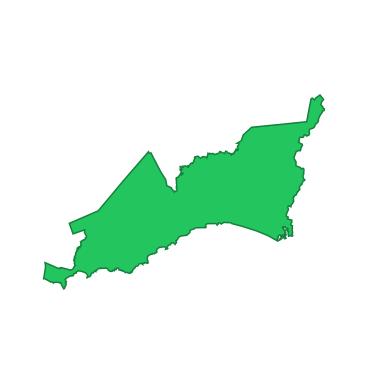 ÅpÅtiki District, Bay of Plenty, New Zealand, rotated 202°
{"feature_id": "76426892B67902923412925", "entity_name": "ÅpÅtiki District", "entity_type": "district", "adm_level": 2, "iso_a3": "NZL", "parent_name": "New Zealand", "parent_adm1": "Bay of Plenty", "projection": "orthographic", "projection_center": [177.566, -38.035], "detail": "fine", "context": "isolated", "style": "filled", "palette": "green", "viewbox_px": 384, "rotation_deg": 202, "n_neighbors": 0, "source": "geoboundaries", "source_scale": "gbopen_adm2", "svg_char_len": 5917}
<svg xmlns="http://www.w3.org/2000/svg" viewBox="0 0 384 384"><g transform="rotate(202 192 192)"><path d="M104.7,327.1L109.7,329.9L112.3,325.8L112.8,323.3L115.4,324.2L115.9,324.0L116.5,322.7L112.0,300.1L161.0,274.3L165.9,264.0L165.5,258.0L168.4,254.2L167.2,254.6L166.7,254.3L166.4,253.5L167.0,251.2L164.9,248.4L165.4,247.6L167.1,248.4L167.2,247.3L166.8,246.7L167.5,246.3L167.5,244.0L167.8,244.3L167.9,243.7L167.6,243.5L167.8,243.1L168.5,243.0L168.5,242.4L169.3,242.3L169.1,241.1L169.6,240.9L170.2,242.0L171.5,242.2L172.7,241.4L174.7,242.5L176.1,242.4L176.2,239.9L182.0,240.0L181.3,239.6L181.1,238.7L184.8,235.3L185.5,235.5L186.0,235.0L187.1,235.6L188.5,234.5L190.0,234.6L190.9,233.1L191.6,233.7L191.1,229.4L191.6,229.9L192.6,229.4L194.3,229.4L194.6,228.6L195.5,228.6L196.8,226.5L199.8,227.4L202.3,225.9L202.7,225.0L201.9,224.5L202.1,221.6L201.6,221.1L202.2,219.5L202.7,219.2L202.5,218.5L203.7,218.3L204.1,217.6L203.9,216.9L204.7,215.3L204.6,214.4L205.4,215.0L205.7,214.8L205.5,213.6L208.0,213.7L209.2,212.9L209.3,211.9L209.8,212.4L210.6,212.4L210.8,211.2L211.4,210.8L213.1,211.5L211.2,209.8L211.5,209.1L210.1,209.1L211.1,207.9L209.9,207.5L209.3,205.1L208.4,205.2L208.0,206.1L207.3,206.0L207.9,204.0L209.8,203.7L209.7,202.9L210.6,200.4L211.8,199.4L211.8,198.5L211.1,198.1L211.1,196.9L210.4,196.4L209.9,194.5L208.6,192.6L208.7,191.5L207.9,190.9L208.2,190.3L207.7,189.4L206.8,189.0L206.6,187.4L208.0,186.3L208.3,185.5L208.6,186.2L210.2,186.0L210.5,186.6L212.0,187.3L212.6,188.2L217.7,188.4L221.1,193.7L228.2,198.7L244.8,212.9L245.1,212.3L246.2,211.9L247.4,213.1L259.7,177.1L271.9,139.4L294.0,117.0L286.6,108.6L276.8,117.2L277.3,116.1L276.4,114.0L273.3,111.6L273.0,110.6L273.7,109.4L273.3,108.9L273.4,107.9L275.3,106.3L276.7,104.0L275.7,103.4L275.8,102.5L275.0,101.4L275.2,100.6L274.8,100.3L275.6,99.2L275.2,98.6L276.7,98.5L277.0,97.2L277.8,96.5L276.5,96.8L276.8,96.3L276.4,96.1L276.8,95.8L276.4,95.6L277.0,94.1L276.4,93.7L277.0,92.2L276.8,90.9L276.3,90.5L276.7,87.9L276.4,87.8L276.3,86.5L275.7,86.6L276.3,85.5L275.4,85.0L275.9,84.1L274.5,83.1L274.4,81.7L273.5,81.0L273.3,80.1L272.8,80.1L273.5,77.6L273.5,76.4L273.9,75.4L275.3,74.1L283.8,73.1L284.0,72.7L284.9,72.9L285.7,72.5L285.7,71.7L286.5,71.7L287.0,71.1L301.8,71.5L299.8,68.0L297.0,55.9L295.7,56.5L289.2,55.6L289.0,56.0L287.0,56.1L286.4,55.6L286.1,56.4L284.7,57.2L282.0,58.2L280.5,58.1L280.1,58.8L274.7,54.1L274.3,54.4L274.0,55.4L274.4,56.7L274.0,57.5L274.1,59.1L275.0,60.1L274.7,60.3L275.2,61.0L274.8,61.7L276.0,62.3L276.3,63.3L276.9,63.5L276.6,64.5L273.8,68.2L271.7,69.3L271.8,69.9L270.7,70.1L270.9,72.2L269.0,73.4L269.2,74.4L268.2,76.0L266.2,76.9L260.6,77.3L258.1,76.2L257.5,75.3L257.2,74.1L257.5,73.4L257.2,73.1L256.3,74.6L255.3,75.0L254.5,76.7L255.0,77.7L254.2,79.8L253.1,80.1L252.9,82.0L252.3,82.5L251.4,82.3L251.7,83.2L251.0,83.5L250.8,84.8L249.7,86.1L248.5,86.7L248.4,87.3L248.0,87.4L247.8,87.0L243.0,89.3L242.0,89.3L239.8,88.0L237.9,87.7L236.1,88.9L236.2,89.6L234.6,89.9L234.8,90.5L234.3,90.9L234.8,90.9L234.6,91.8L233.2,92.0L233.4,93.2L231.8,93.9L230.9,93.3L230.7,92.5L229.2,92.6L229.3,92.9L228.8,93.2L227.2,92.5L226.9,93.1L226.1,93.1L223.4,92.3L222.8,93.0L220.0,93.1L218.6,93.7L219.1,94.7L217.7,95.0L217.9,95.7L217.5,96.4L217.9,97.3L217.1,98.5L217.1,99.7L216.5,100.2L216.4,101.8L214.4,103.4L214.2,105.4L212.2,106.8L210.6,106.4L211.1,107.2L209.7,107.8L209.5,108.6L208.0,109.2L206.9,109.0L206.1,109.9L207.0,110.4L206.9,111.5L208.5,113.0L209.0,115.9L207.0,118.9L205.9,119.1L204.9,120.5L203.8,120.6L202.1,122.9L202.2,123.6L203.0,124.2L203.0,125.9L201.7,128.3L197.0,130.9L195.9,130.8L194.9,129.8L195.0,129.0L193.4,130.1L193.3,130.6L194.0,131.0L194.2,132.7L193.6,134.4L192.3,134.9L192.0,137.3L189.0,137.8L188.9,137.4L188.1,137.2L188.3,137.7L187.4,139.1L188.6,141.0L187.8,141.9L187.5,144.7L187.2,145.4L185.5,147.2L180.7,149.9L178.8,153.5L179.3,156.1L176.1,158.7L175.4,160.1L165.8,164.2L165.9,165.1L166.9,165.6L167.0,166.3L166.8,167.4L165.6,168.5L158.2,171.6L157.2,171.5L156.3,170.7L155.6,172.3L155.9,173.0L155.3,173.5L154.1,173.7L153.0,173.2L151.1,175.7L144.3,178.1L143.3,177.6L133.7,178.9L117.4,180.1L104.9,180.0L94.2,178.6L92.1,181.1L92.4,181.3L93.3,179.8L95.0,179.5L95.5,181.0L94.9,181.7L95.5,183.4L95.2,184.2L94.6,185.1L93.6,185.2L93.3,184.3L92.4,184.7L91.9,184.1L93.0,183.4L91.7,183.6L91.0,184.6L91.6,186.2L90.6,186.5L90.0,188.1L90.0,188.7L90.2,188.4L91.1,190.0L90.8,191.1L91.3,191.7L92.9,191.3L93.1,192.0L93.9,192.4L94.0,193.1L94.7,193.0L94.9,193.3L94.6,193.6L94.5,193.2L94.2,193.5L93.7,193.3L93.6,194.0L93.1,193.8L92.5,194.5L89.9,192.9L89.4,192.1L89.1,192.6L89.5,193.3L89.5,194.0L89.3,193.9L88.4,191.4L87.4,191.2L87.7,190.1L85.9,187.2L84.0,188.6L82.8,188.4L82.2,189.2L83.7,190.7L83.3,191.7L85.1,194.7L85.1,195.6L85.5,195.8L86.3,198.4L88.2,198.6L88.4,200.0L88.0,201.4L88.8,202.5L88.9,203.3L93.2,202.8L93.4,204.8L95.2,204.7L95.5,205.1L96.2,207.1L96.0,211.9L97.7,214.1L97.2,215.3L94.7,215.4L95.2,217.2L94.6,218.7L94.2,221.7L94.8,222.0L95.0,223.1L95.9,224.3L95.5,225.8L95.9,226.5L94.3,228.4L94.3,231.8L93.7,232.2L93.7,233.3L92.9,234.6L93.5,235.2L94.2,237.1L94.0,238.6L93.0,240.2L93.5,240.7L93.0,241.8L93.2,243.7L91.8,245.0L92.2,245.7L93.5,246.0L95.3,248.6L95.1,250.2L96.7,255.0L98.1,255.6L99.1,254.3L100.8,255.3L105.4,255.2L106.9,259.0L109.8,261.2L110.4,262.4L110.5,268.4L108.9,270.2L107.0,270.9L107.4,274.0L107.1,276.7L108.0,277.7L109.1,277.5L112.1,278.3L111.8,279.6L112.3,280.7L112.5,282.9L112.2,283.4L109.5,284.2L109.2,285.2L109.4,286.6L109.1,287.2L108.4,287.4L106.8,286.8L105.0,288.3L104.9,290.1L106.6,293.1L106.1,294.5L103.6,296.6L102.8,298.4L103.0,300.5L101.4,304.0L101.5,305.7L102.1,307.0L101.9,311.9L101.3,313.5L101.1,316.2L100.0,317.0L100.5,318.7L101.7,318.8L102.9,320.1L105.4,321.3L105.5,324.1L104.7,327.1ZM90.3,185.4L90.1,184.1L88.4,183.4L87.5,184.4L89.3,186.2L90.3,185.4ZM93.6,181.8L91.9,181.9L91.3,182.5L92.0,182.8L92.0,182.2L93.6,181.8ZM89.2,188.5L89.0,187.2L88.6,187.6L89.2,188.5Z" fill="#22c55e" stroke="#15803d" stroke-width="1.5"/></g></svg>